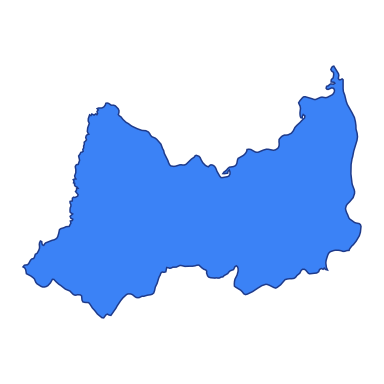 São Romão, Minas Gerais, Brazil
{"feature_id": "56859067B60763399870465", "entity_name": "São Romão", "entity_type": "district", "adm_level": 2, "iso_a3": "BRA", "parent_name": "Brazil", "parent_adm1": "Minas Gerais", "projection": "robinson", "projection_center": [-45.402, -16.354], "detail": "fine", "context": "isolated", "style": "filled", "palette": "blue", "viewbox_px": 384, "rotation_deg": 0, "n_neighbors": 0, "source": "geoboundaries", "source_scale": "gbopen_adm2", "svg_char_len": 5938}
<svg xmlns="http://www.w3.org/2000/svg" viewBox="0 0 384 384"><path d="M342.1,78.9L340.6,79.7L339.3,79.8L338.3,78.6L338.8,75.3L338.4,73.6L333.8,66.1L332.4,66.6L331.6,67.7L330.8,69.5L331.7,71.1L333.5,72.4L333.7,74.6L333.2,77.8L332.1,78.8L331.2,79.9L331.1,82.0L333.9,82.2L334.9,83.2L333.5,84.2L330.6,83.9L329.4,84.7L328.3,85.8L326.6,86.3L326.1,88.2L327.0,89.3L328.3,89.4L331.6,87.9L333.6,88.3L334.5,90.2L334.3,92.0L333.3,93.7L332.2,94.8L327.2,97.4L325.6,97.7L322.0,97.1L320.4,97.4L315.7,99.5L314.1,99.5L312.0,98.7L305.1,96.7L303.5,96.9L302.5,97.7L300.0,100.6L298.6,102.8L299.3,104.5L300.1,106.1L300.5,108.4L300.0,112.5L300.0,114.0L300.2,116.0L300.8,117.7L302.2,118.0L302.4,116.2L303.2,114.5L304.9,115.9L304.6,117.9L301.8,120.5L300.0,122.5L296.8,125.4L294.9,127.5L293.3,130.8L291.4,133.2L288.2,134.8L286.2,135.1L284.3,135.1L282.3,136.0L280.7,137.4L279.1,139.4L279.0,141.9L279.2,143.7L279.1,145.6L278.4,147.6L277.4,148.6L275.5,149.8L273.5,150.3L268.5,149.3L266.4,149.2L263.3,150.1L258.0,152.3L255.8,152.2L254.0,151.3L250.9,149.5L248.8,149.2L247.0,149.5L246.7,151.3L245.8,152.9L244.7,154.2L243.4,155.4L238.1,158.4L237.5,159.9L236.9,163.2L236.2,164.8L234.9,166.0L233.3,166.6L229.4,167.2L227.7,168.6L226.7,169.9L225.2,171.2L224.0,172.0L222.9,173.6L224.3,173.7L227.7,173.2L228.0,171.4L229.3,170.0L230.0,172.0L230.0,174.1L228.8,176.1L227.4,176.7L222.4,177.6L221.1,177.6L219.9,176.4L216.9,171.2L216.2,169.2L215.4,167.5L214.4,166.2L212.7,165.1L210.9,164.8L209.6,165.5L208.4,166.8L206.7,166.2L205.2,165.2L202.7,162.6L201.0,159.6L200.2,157.7L199.0,156.3L196.2,155.3L195.1,155.8L194.3,157.1L191.4,159.1L186.2,164.2L184.4,165.0L182.6,165.0L181.4,164.8L180.0,164.8L175.5,166.2L173.8,166.4L171.0,166.0L169.6,164.8L168.5,162.5L167.9,160.6L164.3,153.4L163.6,150.4L162.7,148.9L160.9,144.1L156.8,139.4L155.2,138.1L151.8,136.7L150.5,135.2L149.6,133.5L148.4,132.0L145.8,130.7L141.9,130.4L137.2,128.7L131.9,126.2L130.4,125.2L128.5,123.7L126.0,122.3L123.0,119.5L120.9,116.8L119.4,115.9L118.3,114.6L118.9,112.6L119.0,110.7L118.2,108.8L115.4,105.9L113.7,105.2L111.3,105.2L108.6,103.4L107.1,103.0L105.8,103.3L105.3,105.0L104.1,106.7L102.9,107.5L101.7,108.0L98.6,108.0L97.1,108.6L98.2,110.0L97.0,111.4L97.6,113.6L96.9,114.7L95.8,113.8L94.0,115.1L91.8,114.0L90.9,115.6L89.6,114.8L88.3,118.6L88.2,121.0L89.3,123.4L87.7,127.8L87.3,131.4L87.8,132.7L88.8,134.2L87.2,134.7L86.2,135.8L85.7,137.6L86.5,139.8L85.6,141.0L84.2,142.2L84.3,144.3L83.6,146.0L83.7,147.9L82.8,149.5L83.2,151.3L82.0,152.1L80.8,152.4L79.9,154.2L78.6,156.0L79.6,160.3L78.2,164.4L76.4,164.7L75.3,166.3L75.4,167.7L75.8,169.4L75.8,172.7L74.6,175.9L75.0,177.4L75.9,178.9L74.6,179.0L73.2,179.6L74.0,181.0L73.5,182.9L74.7,183.3L74.5,184.9L75.3,186.3L77.1,187.2L78.0,188.3L76.6,188.5L76.5,190.2L75.5,191.5L78.1,194.7L77.6,196.2L75.0,197.5L73.5,197.2L72.4,198.2L72.3,200.9L70.0,201.4L70.1,203.0L70.9,204.6L70.9,206.2L70.2,207.8L70.0,210.0L70.1,212.1L71.2,213.1L72.7,214.0L70.1,216.3L70.9,218.3L72.8,219.2L72.4,220.5L70.3,221.0L70.9,223.2L69.9,224.9L69.3,226.4L66.1,226.7L63.7,227.8L60.9,228.6L59.5,229.6L58.7,233.4L57.8,236.4L57.1,237.8L55.9,238.9L54.2,239.8L52.1,240.3L45.6,242.9L44.7,243.8L43.7,245.4L42.5,244.9L41.9,243.4L41.7,241.6L40.4,241.0L39.5,242.9L39.3,244.6L39.5,246.2L39.5,248.2L38.8,250.2L37.2,253.2L35.3,254.3L34.4,257.3L33.6,258.5L31.9,258.9L30.6,260.1L28.6,263.7L27.4,264.8L26.2,264.9L24.4,265.2L23.0,266.9L24.7,267.9L25.7,269.7L26.4,273.7L30.7,275.9L33.0,277.6L34.4,278.9L35.8,282.3L37.0,283.8L41.1,286.4L42.7,287.0L44.4,287.0L46.1,286.6L47.8,285.7L50.4,282.9L52.4,279.3L53.9,279.4L56.0,281.7L58.9,284.3L60.8,285.5L65.3,289.1L69.9,291.0L73.0,294.2L74.3,295.0L75.7,295.2L77.6,294.7L80.4,294.9L81.6,295.9L82.0,300.1L82.9,301.9L84.9,302.4L88.6,302.6L90.0,304.2L92.4,308.0L94.7,310.5L97.4,314.0L101.9,317.7L103.7,317.9L106.0,314.8L107.4,314.1L108.9,315.0L110.9,315.4L116.0,308.1L117.1,306.0L120.7,300.6L123.0,297.8L126.6,294.5L128.0,293.9L130.5,293.9L132.4,294.6L135.1,296.8L136.3,297.5L137.8,297.7L139.2,297.6L142.1,296.2L143.7,296.3L147.4,295.2L150.7,294.7L152.2,294.2L153.7,293.0L154.5,290.8L155.3,287.1L157.1,283.4L158.7,278.1L159.4,276.4L160.2,275.1L160.7,273.3L162.2,272.0L164.0,272.3L165.8,271.8L166.7,267.5L168.4,267.8L169.9,268.3L171.5,267.9L172.7,267.2L176.3,267.1L180.0,265.4L181.7,265.6L184.9,266.4L189.5,266.2L192.5,266.2L195.1,265.8L196.9,265.2L198.9,265.1L201.9,267.9L203.9,269.3L205.7,269.9L206.7,271.1L206.6,273.1L207.6,275.9L208.7,277.1L210.5,277.7L215.0,278.1L216.3,277.8L218.0,278.1L219.5,278.0L221.1,277.1L222.9,276.9L224.1,275.6L227.7,273.6L228.8,272.1L230.2,270.8L233.5,269.6L235.0,266.6L236.4,265.8L237.5,266.8L238.1,268.6L238.1,271.1L237.1,275.0L235.0,279.1L234.5,281.3L234.3,283.8L234.4,286.1L235.6,287.1L240.7,290.2L242.3,291.8L243.8,293.8L245.5,294.6L247.4,294.1L252.6,291.6L257.7,288.2L261.9,285.6L265.8,284.3L267.1,284.4L269.5,285.3L273.8,287.5L275.7,288.1L277.3,287.3L280.6,284.8L285.1,279.6L287.4,279.0L289.6,278.7L291.8,278.7L293.9,278.4L295.1,277.7L296.1,276.7L296.9,275.5L299.8,273.2L301.1,270.5L302.5,269.3L304.4,269.3L305.7,270.1L308.4,273.3L309.6,273.8L316.7,273.0L318.7,271.7L319.5,269.5L321.3,268.5L323.1,269.3L324.2,268.1L325.4,269.4L327.5,270.0L326.4,267.5L325.8,262.9L326.1,260.5L326.7,258.4L327.7,255.3L328.6,253.3L330.3,251.7L333.8,250.5L335.6,250.2L338.9,250.3L341.0,250.7L343.0,251.4L344.7,251.3L346.8,250.6L349.1,250.4L349.6,248.9L351.8,246.0L353.3,244.7L356.1,241.2L359.3,235.8L360.4,232.2L361.0,226.5L360.4,224.6L359.2,223.6L356.1,223.0L354.6,222.5L349.6,218.9L348.8,217.7L347.6,214.6L346.7,212.8L346.0,210.8L345.5,208.8L345.8,207.3L346.3,205.6L347.3,204.1L349.7,201.7L353.1,197.7L354.5,193.6L354.6,191.6L354.2,189.7L352.4,184.9L352.0,183.2L351.6,179.9L350.9,173.8L351.1,164.5L352.0,158.9L352.6,156.9L353.8,150.8L357.0,140.3L357.5,136.8L357.1,133.2L356.0,129.1L355.9,125.5L355.4,121.7L354.4,117.5L352.0,112.7L347.3,104.4L346.2,101.3L344.7,95.1L343.4,91.6L343.1,88.6L343.1,79.8L342.1,78.9Z" fill="#3b82f6" stroke="#1e3a8a" stroke-width="1.5"/></svg>